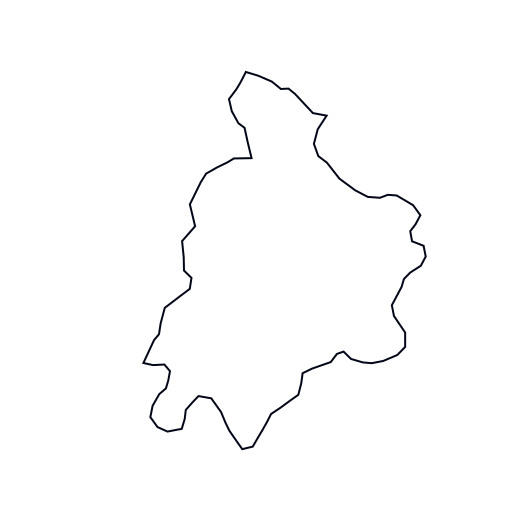 Galateia, Cyprus (Equal Earth projection), rotated 334°
{"feature_id": "46923920B49628554196420", "entity_name": "Galateia", "entity_type": "district", "adm_level": 2, "iso_a3": "CYP", "parent_name": "Cyprus", "parent_adm1": "", "projection": "equal_earth", "projection_center": [34.075, 35.428], "detail": "fine", "context": "isolated", "style": "outline", "palette": "ink", "viewbox_px": 512, "rotation_deg": 334, "n_neighbors": 0, "source": "geoboundaries", "source_scale": "gbopen_adm2", "svg_char_len": 1428}
<svg xmlns="http://www.w3.org/2000/svg" viewBox="0 0 512 512"><g transform="rotate(334 256 256)"><path d="M90.4,354.5L92.5,366.6L99.5,375.0L113.5,378.8L120.5,371.2L125.4,363.6L134.5,359.8L142.9,356.7L153.4,364.3L156.2,381.0L155.5,392.4L155.5,401.5L157.6,415.2L159.0,423.6L165.5,425.0L169.5,425.9L178.6,419.8L185.6,415.2L193.3,409.9L200.3,404.6L211.5,403.1L224.1,400.8L233.2,399.3L240.9,390.2L246.5,381.8L257.1,381.8L276.7,384.1L285.8,379.5L292.8,380.3L296.3,390.2L305.4,398.5L313.1,403.1L324.3,406.1L339.7,406.9L350.2,403.1L356.5,390.2L355.1,380.3L353.7,370.4L356.5,359.8L364.9,353.7L373.3,347.6L378.9,341.5L387.3,338.5L399.9,337.0L408.3,330.9L411.1,320.3L402.7,311.2L405.5,301.3L413.2,297.5L421.6,291.4L419.5,279.3L409.0,263.3L401.3,258.8L392.9,258.0L382.4,251.9L374.0,240.5L364.9,223.1L360.7,203.3L355.8,193.5L357.2,180.6L367.0,169.2L381.0,160.8L369.8,152.5L366.3,141.1L362.1,127.4L358.6,119.8L351.6,116.8L346.7,106.2L336.9,94.8L327.5,86.1L327.1,86.5L318.0,93.3L311.0,97.8L300.5,103.1L297.7,115.3L298.4,129.0L301.9,135.8L298.4,150.2L294.9,166.1L278.8,158.6L271.8,159.3L259.9,159.3L247.3,160.1L238.8,165.4L229.0,173.0L219.2,180.6L214.3,202.6L196.1,210.2L190.5,225.4L184.9,237.5L188.4,247.4L182.1,256.5L170.2,258.8L151.3,262.6L140.8,274.7L134.5,283.8L127.5,286.9L107.9,302.8L115.6,308.9L126.1,313.4L128.2,321.8L122.6,329.4L117.0,335.5L108.6,337.7L97.4,345.3L90.4,354.5Z" fill="none" stroke="#020617" stroke-width="2"/></g></svg>